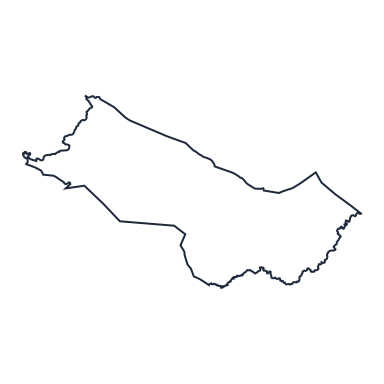 Cecerleg, Arhangay, Mongolia
{"feature_id": "93677404B12707642123499", "entity_name": "Cecerleg", "entity_type": "district", "adm_level": 2, "iso_a3": "MNG", "parent_name": "Mongolia", "parent_adm1": "Arhangay", "projection": "albers", "projection_center": [101.208, 48.955], "detail": "fine", "context": "isolated", "style": "outline", "palette": "slate", "viewbox_px": 384, "rotation_deg": 0, "n_neighbors": 0, "source": "geoboundaries", "source_scale": "gbopen_adm2", "svg_char_len": 5872}
<svg xmlns="http://www.w3.org/2000/svg" viewBox="0 0 384 384"><path d="M315.8,172.4L299.8,183.7L292.4,188.2L283.7,191.0L278.8,193.0L263.8,190.5L263.3,188.3L260.7,188.8L255.4,188.7L254.1,188.2L247.5,184.0L246.1,182.8L245.3,181.6L242.4,178.5L241.4,177.9L240.1,177.5L238.3,176.0L237.1,175.4L235.9,174.4L232.6,172.7L214.9,166.5L214.6,166.1L214.4,164.6L212.3,161.2L210.6,159.6L206.5,157.8L203.3,156.8L200.7,155.0L199.5,154.5L195.7,151.6L194.3,150.8L193.5,150.5L185.6,143.0L166.8,136.2L129.7,120.4L125.1,117.3L114.3,107.3L100.2,99.1L99.4,97.2L96.8,96.9L95.7,97.9L94.4,97.5L94.0,96.9L93.4,96.3L92.2,96.2L89.6,97.4L87.9,97.5L85.2,95.6L86.4,97.7L86.5,99.3L88.5,100.9L89.0,101.6L89.9,103.2L91.3,105.3L91.9,105.9L92.2,106.9L92.1,107.2L90.2,108.2L89.3,109.0L88.4,110.2L86.5,111.9L86.5,112.6L87.1,113.6L87.1,114.0L87.1,114.3L86.3,115.5L86.7,117.6L86.0,119.2L85.2,119.9L84.3,120.3L83.9,120.3L82.8,120.0L82.1,120.1L80.6,121.2L80.5,121.7L80.1,122.1L79.8,122.7L78.7,123.4L78.3,124.1L78.2,124.5L78.4,125.4L78.2,125.6L77.0,126.3L76.1,127.4L75.9,128.8L74.7,130.0L74.4,131.0L73.7,132.9L73.0,134.0L72.4,134.5L71.1,134.8L69.5,134.8L66.8,136.1L65.4,136.2L64.2,137.4L64.1,138.1L64.5,139.1L64.5,139.7L62.9,141.3L62.7,141.7L62.8,142.2L63.3,142.9L64.4,143.1L65.1,144.2L68.4,144.8L69.3,145.5L69.4,146.1L69.1,148.2L68.6,149.1L68.1,149.7L66.6,150.3L60.8,150.7L59.5,151.1L59.2,151.4L59.1,151.9L58.4,151.8L57.5,152.5L56.3,152.9L55.3,154.0L54.9,154.2L53.6,153.9L52.4,154.0L51.0,154.5L50.2,155.2L48.9,154.8L45.5,155.4L44.4,156.2L43.9,156.9L43.2,159.6L42.6,160.1L42.0,160.3L41.3,160.3L40.4,160.0L38.9,159.0L37.7,158.6L36.8,158.5L36.4,159.0L36.4,160.7L36.1,161.1L34.7,160.3L32.8,160.0L32.1,159.6L30.9,159.4L30.0,158.8L29.2,157.9L28.6,157.7L27.9,157.1L27.7,156.7L27.7,156.4L28.5,155.9L28.9,155.2L29.6,155.0L30.1,154.6L30.2,153.7L29.9,153.1L29.3,153.1L28.5,153.5L26.8,153.8L26.5,153.5L26.3,152.4L26.1,152.1L25.1,151.8L24.7,152.2L24.8,153.3L24.7,153.4L24.3,152.9L24.0,152.7L23.2,153.1L23.0,153.7L23.2,155.2L23.9,156.5L25.0,157.7L26.9,158.6L27.6,159.2L27.7,160.3L27.5,162.6L26.5,163.4L26.2,164.1L35.3,167.5L41.2,170.7L43.3,174.7L53.5,175.7L54.3,176.1L56.7,177.4L58.5,178.8L63.8,182.2L64.0,182.8L64.6,183.6L65.6,184.0L66.8,183.9L69.2,182.3L69.6,182.4L69.8,182.6L70.4,184.0L65.7,188.4L84.3,185.7L103.4,203.9L119.9,221.3L174.2,225.7L185.3,234.3L180.5,245.3L184.3,251.6L184.7,255.3L187.6,264.7L190.9,268.6L193.8,276.4L199.8,279.1L208.9,285.0L208.9,284.5L209.2,284.2L210.9,283.8L211.2,283.4L212.3,284.4L213.3,284.2L213.9,283.8L214.9,284.0L215.3,284.5L216.0,284.4L216.6,284.9L217.0,284.8L217.2,285.0L217.3,285.5L218.4,285.6L219.1,286.0L219.5,285.8L220.2,286.0L220.6,285.9L221.0,286.3L221.0,286.8L221.3,287.1L221.3,287.4L221.0,287.6L221.1,287.9L220.6,288.4L221.3,288.0L222.0,287.1L222.8,287.2L222.8,286.5L223.0,286.1L224.0,286.6L224.8,286.1L225.4,285.4L226.4,285.6L226.8,285.0L227.5,284.9L227.1,284.4L227.1,284.1L227.9,283.0L228.8,282.2L229.6,282.1L229.7,281.5L230.6,281.4L231.0,280.1L231.3,279.9L232.6,278.0L232.9,278.1L233.4,278.7L233.7,278.7L233.8,278.4L233.6,277.4L233.8,277.1L234.2,277.0L235.0,277.4L235.8,276.8L236.7,276.9L236.9,276.5L236.9,276.0L237.2,275.7L237.8,276.0L238.4,275.7L239.3,276.0L240.7,275.5L242.1,275.5L242.4,275.2L241.9,274.8L243.2,273.9L244.2,272.7L245.8,271.9L246.5,271.1L247.1,270.1L248.8,270.4L249.9,270.0L250.5,270.2L251.6,271.3L252.8,271.6L254.6,273.3L255.2,273.4L256.2,272.7L257.3,272.4L257.7,271.7L258.3,271.2L260.1,270.5L260.4,268.7L259.9,268.0L259.9,267.7L260.0,267.4L260.5,267.2L261.1,267.2L262.1,267.7L263.4,267.7L263.7,268.2L263.2,269.3L263.3,270.1L264.0,270.7L265.2,270.6L265.8,270.9L266.7,271.1L266.9,271.6L266.8,272.7L267.3,273.4L267.9,273.3L269.0,271.9L269.4,271.6L270.2,271.5L270.5,271.7L270.7,272.0L270.7,272.5L270.4,273.4L270.4,274.0L271.0,274.8L271.3,275.7L271.3,277.0L271.5,277.5L272.0,278.0L273.4,278.3L274.0,278.2L274.9,277.6L275.2,277.6L276.3,278.7L277.3,279.0L277.7,278.9L279.2,278.2L279.8,278.3L280.1,278.9L280.0,279.9L280.2,280.4L281.0,280.6L281.6,281.3L282.2,280.9L282.7,280.9L283.2,281.5L283.6,282.6L284.1,282.9L284.9,282.7L285.5,283.6L285.8,284.2L286.3,284.4L288.6,284.0L289.1,284.1L289.6,284.5L291.0,284.1L291.8,284.1L292.2,283.8L292.8,282.5L295.1,282.1L296.3,282.5L296.6,282.2L296.8,281.7L297.1,281.5L298.4,281.7L299.0,281.0L299.4,280.1L299.4,279.1L299.6,278.0L299.4,277.2L299.7,276.7L301.0,275.8L301.6,274.9L301.9,273.7L302.5,273.0L302.5,271.9L302.8,271.5L304.1,270.6L305.5,270.9L306.5,270.4L307.2,269.9L307.3,268.8L308.4,268.3L310.5,270.0L310.8,270.8L310.8,271.4L311.5,271.8L313.7,271.8L314.3,271.4L314.3,270.8L314.6,270.5L315.1,270.3L317.0,270.1L318.5,268.7L318.1,267.8L318.0,267.3L318.1,266.4L318.6,265.5L318.8,264.3L319.3,264.1L320.8,264.3L321.2,264.1L321.5,263.4L321.5,262.2L323.4,262.9L324.1,262.8L324.7,262.3L324.9,261.4L324.7,260.3L325.1,259.9L326.4,259.3L326.8,258.9L327.1,257.9L327.4,256.6L327.1,255.6L327.0,254.6L327.1,254.1L327.9,253.1L328.2,252.1L329.2,251.3L330.8,250.6L331.8,250.4L333.0,250.6L334.6,250.2L335.4,249.7L335.5,249.4L333.7,247.1L333.8,246.7L334.3,245.9L336.7,243.9L336.7,242.6L336.9,241.9L338.7,239.8L339.0,238.8L340.7,236.5L340.5,236.2L339.6,235.6L339.4,234.8L337.8,234.0L337.7,233.5L338.1,232.6L338.1,232.3L337.1,231.1L337.2,230.4L338.0,228.9L338.4,228.6L339.6,228.7L340.2,228.4L340.4,228.2L340.7,226.9L341.3,226.6L341.9,227.1L342.5,228.3L342.8,228.5L343.5,228.8L343.9,228.5L344.1,228.3L344.0,227.7L344.2,227.4L344.9,226.4L345.1,225.6L345.0,225.3L344.4,224.6L344.4,224.4L344.7,224.3L345.7,225.1L346.0,225.2L346.7,224.8L346.9,224.2L346.8,223.5L345.6,222.6L345.8,220.9L346.0,220.5L347.4,220.9L348.9,221.9L349.4,221.2L349.5,220.3L350.0,219.7L350.1,218.1L350.8,216.7L351.2,216.3L351.3,215.6L353.3,215.2L354.1,215.6L354.6,216.1L355.3,216.2L355.6,215.9L356.8,213.4L357.5,212.8L358.3,212.8L359.0,213.4L359.8,213.8L360.7,213.9L361.0,213.6L351.8,206.4L335.6,194.5L321.5,182.6L315.8,172.4Z" fill="none" stroke="#1e293b" stroke-width="2"/></svg>